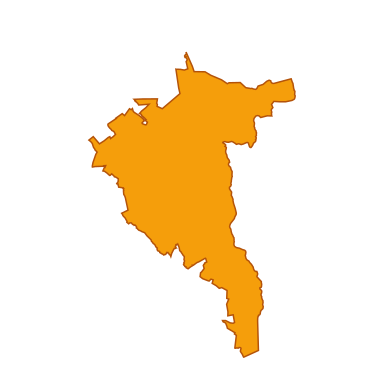 Comala, Colima, Mexico, rotated 109°
{"feature_id": "50627088B21346817666237", "entity_name": "Comala", "entity_type": "district", "adm_level": 2, "iso_a3": "MEX", "parent_name": "Mexico", "parent_adm1": "Colima", "projection": "albers", "projection_center": [-103.766, 19.395], "detail": "fine", "context": "isolated", "style": "filled", "palette": "amber", "viewbox_px": 384, "rotation_deg": 109, "n_neighbors": 0, "source": "geoboundaries", "source_scale": "gbopen_adm2", "svg_char_len": 6047}
<svg xmlns="http://www.w3.org/2000/svg" viewBox="0 0 384 384"><g transform="rotate(109 192 192)"><path d="M320.2,77.6L292.5,88.0L289.6,88.9L288.8,88.9L288.0,89.1L287.5,88.7L286.8,88.9L286.2,88.1L285.0,87.8L283.3,88.2L281.6,88.2L279.2,87.0L277.3,87.3L275.4,88.6L273.5,88.8L271.6,89.6L271.1,90.3L269.4,91.7L268.4,91.9L267.3,93.0L266.0,93.5L264.8,93.3L262.9,93.8L261.9,95.3L261.6,96.2L260.8,96.6L260.3,96.6L259.7,95.6L258.9,95.5L256.5,96.1L255.0,97.0L254.1,97.3L251.0,103.0L250.4,103.2L248.9,103.1L247.9,103.3L246.0,104.8L246.4,106.0L246.0,107.4L244.9,108.6L243.1,109.7L241.0,112.3L239.8,114.6L238.8,115.7L238.4,117.7L237.3,119.3L234.4,121.1L233.6,121.0L231.5,121.4L230.4,122.1L229.9,123.3L230.0,125.6L229.7,128.7L230.1,131.9L229.6,133.9L229.1,134.5L228.1,135.3L227.4,135.4L226.7,135.8L225.3,135.8L224.5,136.4L223.6,136.6L221.5,137.5L221.1,138.2L219.6,139.5L218.7,140.6L216.9,141.9L214.4,143.3L213.3,144.7L212.4,145.2L210.9,145.4L209.3,145.3L203.4,143.3L201.7,143.4L199.4,143.0L198.3,143.0L197.1,143.5L193.5,145.8L189.4,148.9L186.9,150.4L185.6,150.8L183.3,152.7L182.5,153.7L179.2,154.5L176.9,157.5L176.5,157.7L175.3,158.1L173.8,157.3L172.3,157.3L171.2,158.1L169.4,158.2L168.5,158.5L165.2,159.1L164.3,159.0L163.0,159.7L159.6,160.7L158.0,162.4L156.1,163.6L155.3,165.4L154.6,166.2L153.8,166.6L152.7,166.7L151.6,166.1L149.8,167.3L148.3,169.5L147.3,170.3L145.6,171.2L144.4,172.5L143.0,173.3L141.5,173.7L140.4,173.7L138.8,174.0L138.3,174.7L138.1,175.7L137.2,175.4L136.6,175.4L135.8,177.0L135.7,178.4L135.1,179.0L134.6,178.8L133.6,177.3L133.6,175.7L133.1,173.7L131.3,171.0L131.3,169.8L132.0,166.8L132.5,165.6L131.5,164.1L131.1,163.3L131.2,161.0L129.9,159.1L127.5,156.5L127.1,155.7L127.2,154.9L127.5,154.6L130.3,152.5L130.7,152.0L130.9,151.2L130.6,150.6L128.4,149.9L125.8,149.7L123.6,148.4L122.5,148.4L121.8,149.0L121.1,148.6L120.4,148.8L119.5,149.1L119.0,149.9L117.6,149.5L116.2,150.1L115.1,150.2L114.6,150.8L113.4,151.3L112.5,152.6L111.4,153.5L110.7,153.7L109.9,154.6L107.0,155.2L105.8,155.8L105.3,156.5L104.3,157.0L102.4,157.3L100.9,156.9L99.2,156.2L98.4,154.9L98.2,153.4L99.2,151.3L95.5,145.7L94.1,141.3L93.3,141.9L92.3,142.1L91.6,142.6L91.1,142.7L90.8,142.5L90.1,142.8L89.0,143.7L88.0,143.8L85.9,143.0L83.3,145.3L79.7,144.1L78.2,138.7L76.2,132.8L72.9,127.3L71.2,125.7L70.6,125.4L69.6,125.4L68.1,125.6L67.1,126.0L66.7,126.6L63.2,127.5L62.5,128.7L61.7,128.9L61.3,129.4L56.5,131.9L55.3,133.1L52.7,135.1L62.6,149.8L63.0,150.9L62.9,152.1L62.0,153.4L61.2,153.8L61.2,155.5L63.0,157.4L67.1,159.8L70.3,164.0L73.0,164.4L74.2,165.1L74.6,167.3L74.5,169.1L75.2,170.6L75.2,171.6L75.5,172.5L75.4,172.9L75.7,173.8L75.8,175.2L72.8,182.0L76.7,192.6L78.1,193.9L76.3,200.6L75.5,212.3L74.1,218.8L77.5,229.2L73.3,232.4L61.6,243.2L63.2,242.3L63.9,242.5L64.2,242.9L65.8,243.3L66.5,242.7L66.2,241.9L67.0,242.1L66.9,241.5L68.1,239.8L69.2,239.6L70.6,240.0L76.9,236.1L79.2,238.9L79.8,242.8L80.8,246.1L81.0,246.3L81.1,247.2L97.9,238.5L102.9,235.4L122.9,247.2L122.4,252.9L120.6,253.2L120.2,253.5L119.9,254.2L115.2,255.0L120.2,269.2L123.2,276.9L123.8,275.5L124.3,275.8L124.7,275.2L124.4,275.1L126.0,272.0L127.1,270.7L123.0,261.2L127.3,263.1L131.7,265.9L134.9,267.2L135.0,265.8L135.2,265.1L136.1,264.4L137.4,261.2L138.5,259.1L138.9,259.7L139.0,259.4L139.6,259.1L140.3,257.8L140.5,256.9L143.0,257.1L143.4,257.3L143.6,257.7L143.7,259.7L143.4,261.4L142.9,261.7L142.2,261.5L140.4,260.4L138.8,261.9L137.0,266.5L135.5,272.6L134.8,273.9L132.5,275.5L134.0,276.3L133.6,278.2L141.7,280.6L140.6,283.5L146.9,288.0L147.1,287.5L155.0,293.5L156.0,293.4L157.2,292.4L158.4,290.5L159.2,288.7L159.9,287.9L160.2,285.6L162.4,283.1L165.1,284.4L168.0,286.4L166.4,287.7L167.6,288.9L172.3,291.8L176.6,295.2L171.8,303.4L176.5,306.4L177.4,304.0L178.6,302.1L181.9,299.6L182.9,298.1L184.1,297.0L184.5,295.8L185.2,294.7L187.7,295.2L196.4,295.2L200.0,294.7L200.8,294.3L199.4,291.7L196.4,283.9L195.9,284.1L195.1,282.2L196.8,282.3L196.5,282.8L201.1,283.1L200.9,281.4L201.8,278.5L203.4,274.8L203.3,275.0L201.0,273.8L202.2,271.1L202.9,270.3L202.7,269.2L203.4,266.1L206.2,265.2L208.6,265.9L208.8,265.5L208.4,264.9L208.6,264.4L208.9,264.4L209.9,263.9L210.8,263.1L211.3,262.9L210.5,258.4L211.0,258.4L211.1,257.6L211.8,257.7L212.9,257.0L213.2,257.2L216.4,255.8L217.7,254.3L219.2,253.1L230.0,246.6L235.0,251.6L235.9,250.3L236.7,249.7L237.4,248.7L238.1,247.1L241.0,243.8L241.8,243.8L242.7,241.5L241.7,241.0L241.1,239.9L241.0,239.2L242.0,237.6L241.9,236.5L242.4,235.9L241.8,235.2L242.0,234.6L242.8,233.3L244.2,232.8L244.1,232.2L244.8,231.3L245.5,229.6L245.4,228.2L245.8,226.6L245.9,223.5L248.1,220.3L250.5,215.2L251.9,214.2L252.4,212.9L253.3,212.0L253.5,211.0L254.3,209.5L255.6,208.4L256.3,206.6L256.9,206.6L258.0,206.1L258.7,205.3L258.8,204.8L258.7,203.9L259.1,203.0L259.7,202.8L260.3,200.3L260.2,199.8L260.8,198.1L260.2,197.7L259.6,196.6L257.5,196.1L257.7,195.7L257.0,195.1L258.0,193.6L258.6,193.0L258.6,192.1L259.9,191.0L256.6,191.2L252.6,190.7L251.2,190.4L251.3,190.1L250.7,189.3L249.8,189.5L249.8,189.0L248.8,190.1L247.6,189.7L247.0,190.0L246.7,189.2L246.4,189.2L246.3,188.6L245.9,188.5L248.6,186.1L251.5,184.5L252.2,182.8L252.8,182.4L253.3,181.5L254.5,180.1L255.6,178.2L258.7,177.5L259.4,176.7L260.5,176.5L261.4,176.7L261.9,176.2L263.1,176.5L263.8,175.9L263.8,175.5L264.8,174.4L264.7,173.7L265.0,173.4L264.9,173.2L265.5,172.9L265.9,170.7L263.3,169.0L261.5,167.5L261.2,167.3L261.0,167.6L260.7,166.8L257.2,164.4L255.7,162.7L250.3,157.9L250.4,157.4L253.4,155.3L255.0,156.9L255.8,156.7L256.5,157.2L257.8,157.4L260.4,155.6L264.4,156.9L265.6,157.6L269.4,156.8L270.5,153.7L270.7,148.1L270.6,146.8L268.2,145.7L268.2,143.4L271.8,143.2L272.7,138.6L274.2,134.9L272.7,132.7L273.7,126.8L281.3,124.5L281.3,122.4L286.9,122.7L293.6,119.0L297.4,117.8L294.7,113.1L301.5,109.3L302.7,110.3L303.3,113.2L302.6,118.4L303.6,121.3L304.6,120.3L304.9,117.6L307.7,115.2L309.3,114.2L311.1,105.5L312.4,105.7L313.1,103.4L325.6,100.7L325.6,100.1L324.9,99.0L324.6,97.6L324.4,97.2L323.7,96.9L323.4,95.6L323.6,95.0L324.1,94.7L326.5,94.5L327.1,94.2L329.0,91.7L331.2,89.6L331.3,89.3L320.2,77.6Z" fill="#f59e0b" stroke="#b45309" stroke-width="1.5"/></g></svg>